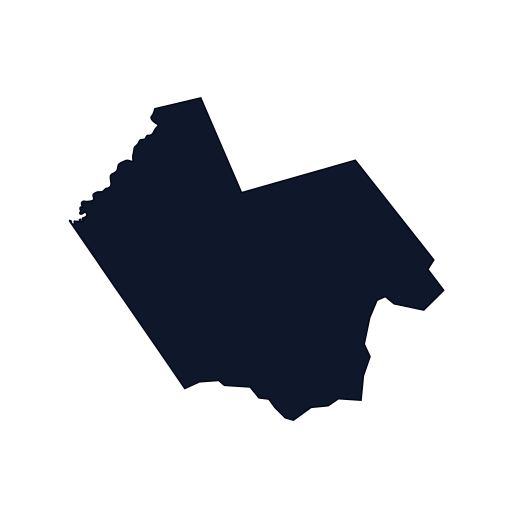 outline of Chuy, Rocha, Uruguay, rotated 232°
{"feature_id": "84410073B59552855660776", "entity_name": "Chuy", "entity_type": "district", "adm_level": 2, "iso_a3": "URY", "parent_name": "Uruguay", "parent_adm1": "Rocha", "projection": "mercator", "projection_center": [-53.451, -33.738], "detail": "fine", "context": "isolated", "style": "filled", "palette": "ink", "viewbox_px": 512, "rotation_deg": 232, "n_neighbors": 0, "source": "geoboundaries", "source_scale": "gbopen_adm2", "svg_char_len": 3155}
<svg xmlns="http://www.w3.org/2000/svg" viewBox="0 0 512 512"><g transform="rotate(232 256 256)"><path d="M195.4,118.3L191.7,133.9L180.9,150.0L173.6,151.4L156.4,170.7L142.4,171.0L135.3,178.0L125.1,177.6L110.5,179.4L103.6,184.4L102.8,206.2L93.6,220.6L92.8,233.1L77.7,250.0L95.5,266.9L106.5,283.9L119.9,287.0L137.4,307.7L146.6,324.1L144.5,332.9L133.3,335.4L110.1,354.9L113.4,382.8L139.7,383.2L143.4,393.7L270.3,393.2L314.8,283.6L414.6,309.8L434.3,267.0L432.6,264.6L430.9,261.8L430.8,261.3L430.5,259.8L430.3,259.2L429.9,258.6L428.9,258.1L428.2,257.9L426.4,257.9L425.2,258.0L424.0,258.3L421.9,258.9L420.7,259.4L420.3,259.6L419.9,259.6L419.6,259.5L419.3,259.3L419.0,259.0L418.8,258.6L418.7,257.8L418.3,255.6L418.1,254.8L417.7,253.8L417.4,253.0L416.5,251.1L416.1,250.2L416.0,249.7L416.0,249.1L416.0,248.4L416.1,247.9L416.3,247.0L416.6,246.4L416.8,246.0L417.1,245.7L417.5,245.3L417.8,244.9L417.9,244.4L417.8,243.6L416.8,241.3L416.6,240.4L416.8,239.6L417.6,238.2L418.4,237.2L418.6,236.7L418.7,235.9L418.5,235.2L417.1,232.1L416.6,229.1L416.7,228.3L416.6,227.5L415.9,226.3L414.1,224.5L413.2,223.5L411.0,220.8L408.9,219.1L407.0,218.0L406.8,217.7L406.7,217.3L406.7,216.9L406.8,216.5L407.4,216.0L408.6,215.2L410.1,214.1L411.1,212.8L411.5,211.8L412.7,206.9L412.8,204.4L412.6,203.8L412.0,202.9L409.2,199.6L408.9,198.9L408.7,198.0L408.7,195.5L409.3,193.0L409.2,191.6L408.8,190.7L407.5,189.5L404.5,187.7L402.9,186.8L402.0,186.1L401.1,185.2L400.6,184.4L400.4,183.5L400.4,182.6L400.5,181.5L401.4,179.7L401.6,178.8L401.5,177.8L401.2,175.2L401.3,174.5L401.7,173.7L403.9,170.8L404.4,169.5L404.7,168.0L404.9,166.7L404.8,165.9L404.5,165.4L403.6,164.6L402.9,164.3L402.3,164.1L401.7,163.9L400.8,163.2L400.4,162.7L400.2,162.2L400.4,161.1L401.0,159.5L403.2,156.0L404.5,154.8L405.3,154.0L405.5,153.4L405.6,152.7L405.5,151.8L405.2,151.2L404.6,150.7L403.9,150.2L402.1,149.8L401.8,149.6L401.6,149.4L401.6,149.0L401.9,148.7L402.4,148.3L402.5,147.8L402.5,147.4L402.1,146.8L401.7,146.5L400.9,146.1L399.6,145.7L399.1,145.3L398.5,143.8L398.2,143.4L397.9,143.3L397.5,143.3L397.2,143.4L396.9,143.8L396.5,144.1L396.3,144.6L396.2,145.3L396.1,146.5L396.0,148.0L395.9,148.3L395.4,148.6L394.9,148.7L394.4,148.7L393.9,148.6L393.3,148.4L392.6,148.1L392.2,147.7L391.9,147.0L391.8,146.0L391.9,144.9L392.2,143.9L392.5,143.3L392.6,142.8L392.4,142.4L392.0,141.9L391.4,141.7L390.9,141.6L390.5,141.6L390.3,141.5L390.0,141.3L389.9,140.8L390.1,140.3L390.3,140.0L390.7,139.6L391.0,139.5L391.4,139.5L391.7,139.8L392.1,140.1L392.6,140.3L392.9,140.3L393.2,140.1L393.3,139.7L393.2,139.2L392.9,138.7L392.5,138.4L392.2,138.0L392.1,137.5L392.3,137.0L392.8,136.6L393.3,136.6L393.7,136.0L394.1,135.3L394.7,134.9L395.1,134.7L395.3,134.3L395.2,134.0L394.9,133.8L394.2,133.5L393.7,133.3L393.4,132.9L393.3,132.6L393.3,132.2L393.5,131.7L394.0,131.2L394.4,131.0L394.8,130.9L395.2,130.9L395.6,131.0L396.0,131.1L396.6,131.6L397.0,131.8L397.5,131.8L398.0,131.6L398.7,131.0L398.3,130.6L380.2,129.5L368.7,128.8L364.5,128.6L361.6,128.4L358.6,128.2L355.7,128.0L352.7,127.9L344.6,127.3L323.1,126.0L317.0,125.6L301.4,124.8L275.4,123.2L229.9,120.5L204.5,118.9L195.4,118.3Z" fill="#0f172a" stroke="#020617" stroke-width="1.5"/></g></svg>